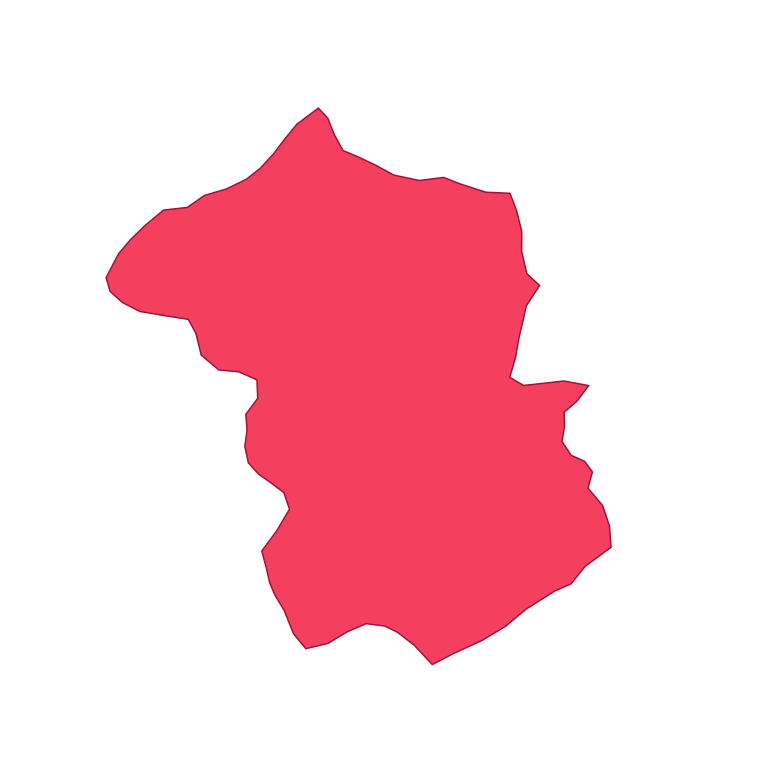 Pingo d'Água, Minas Gerais, Brazil, rotated 59°
{"feature_id": "56859067B13072007558116", "entity_name": "Pingo d'Água", "entity_type": "district", "adm_level": 2, "iso_a3": "BRA", "parent_name": "Brazil", "parent_adm1": "Minas Gerais", "projection": "equal_earth", "projection_center": [-42.425, -19.742], "detail": "fine", "context": "isolated", "style": "filled", "palette": "rose", "viewbox_px": 768, "rotation_deg": 59, "n_neighbors": 0, "source": "geoboundaries", "source_scale": "gbopen_adm2", "svg_char_len": 1262}
<svg xmlns="http://www.w3.org/2000/svg" viewBox="0 0 768 768"><g transform="rotate(59 384 384)"><path d="M113.7,298.2L116.4,324.7L122.7,342.4L129.9,360.4L135.4,379.2L137.6,396.5L135.6,419.0L129.9,440.7L131.3,461.7L121.4,483.4L125.0,507.0L129.9,527.6L135.7,544.6L149.7,567.4L163.6,571.1L179.3,566.3L196.0,556.0L213.6,535.4L227.8,518.4L244.0,519.2L265.1,525.8L286.8,518.4L298.8,502.2L315.0,490.8L331.2,499.6L338.9,518.1L352.9,525.1L365.8,535.4L381.7,540.9L396.8,537.9L410.7,531.7L425.6,525.8L442.6,529.5L454.4,551.2L464.2,574.8L481.0,579.6L495.2,584.3L508.4,586.2L526.8,586.2L551.4,590.2L570.6,587.3L577.5,565.6L577.5,542.7L580.2,522.8L591.8,508.1L603.6,500.4L623.3,492.7L649.4,487.1L650.7,464.3L654.3,432.3L654.3,404.6L650.2,378.5L649.4,344.2L651.6,326.6L643.9,305.6L640.9,273.5L622.0,263.9L600.8,259.2L578.3,262.8L566.8,250.7L553.7,251.8L541.6,260.3L524.9,261.0L513.3,251.1L501.0,244.1L498.0,227.1L490.8,209.4L474.1,228.2L457.1,265.1L443.1,272.8L429.1,257.7L413.5,244.1L401.7,232.6L390.2,221.6L379.8,199.9L363.0,204.7L341.1,197.7L324.1,187.3L303.8,181.1L285.4,177.8L272.0,198.0L251.7,215.7L237.7,226.4L227.8,248.8L210.0,268.0L192.4,278.3L175.7,289.4L162.8,298.9L145.2,298.2L126.9,295.3L113.7,298.2Z" fill="#f43f5e" stroke="#9f1239" stroke-width="1.5"/></g></svg>